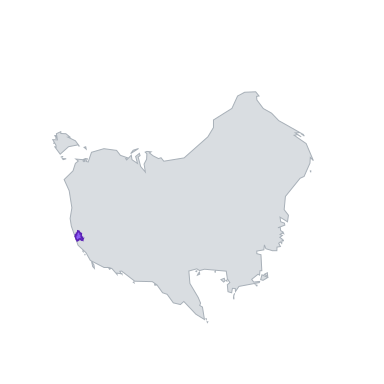 Clarence Valley, New South Wales, Australia shown in context, rotated 149°
{"feature_id": "25037944B11916296746250", "entity_name": "Clarence Valley", "entity_type": "district", "adm_level": 2, "iso_a3": "AUS", "parent_name": "Australia", "parent_adm1": "New South Wales", "projection": "robinson", "projection_center": [152.635, -29.694], "detail": "fine", "context": "in_parent", "style": "filled", "palette": "violet", "viewbox_px": 384, "rotation_deg": 149, "n_neighbors": 0, "source": "geoboundaries", "source_scale": "gbopen_adm2", "svg_char_len": 5938}
<svg xmlns="http://www.w3.org/2000/svg" viewBox="0 0 384 384"><g transform="rotate(149 192 192)"><path d="M251.6,85.2L255.4,102.4L259.9,101.5L265.1,106.6L266.0,117.1L269.1,120.8L269.9,130.5L272.2,135.6L287.0,145.0L293.0,160.4L294.7,161.2L294.9,158.4L298.2,161.2L298.7,159.9L300.1,167.7L302.0,170.0L306.2,172.5L314.4,185.7L314.1,194.5L317.1,205.1L313.0,224.9L310.1,232.1L303.1,240.3L296.6,256.4L295.2,268.5L283.1,271.4L277.2,276.6L273.5,277.1L274.6,280.1L268.6,275.7L269.4,274.7L269.0,273.6L267.9,273.6L266.0,275.5L264.6,274.3L266.9,272.6L265.5,271.2L257.7,277.8L245.2,274.5L235.2,266.5L234.5,260.3L229.7,254.6L231.7,254.8L231.5,253.1L225.1,254.8L226.8,250.6L224.0,244.5L222.0,251.5L217.2,252.2L217.8,249.9L220.1,249.8L222.9,240.3L221.7,233.1L218.7,240.6L214.0,243.5L211.0,248.0L211.6,250.3L209.7,250.0L206.4,247.5L208.4,247.5L206.7,243.0L203.5,237.9L200.9,237.3L200.3,232.9L181.2,225.3L150.0,231.1L140.4,236.2L136.5,242.7L114.7,243.1L103.5,250.8L95.5,250.4L85.8,245.1L85.1,239.8L87.4,240.7L89.0,237.5L87.9,226.8L83.2,218.6L80.9,208.5L68.8,187.2L73.0,189.5L70.0,183.0L72.0,186.8L75.2,188.0L69.2,174.7L71.8,156.4L72.8,160.7L76.0,156.0L87.9,147.6L92.3,148.1L114.2,140.1L122.1,129.4L121.3,122.4L125.5,117.3L129.5,125.1L131.3,120.8L128.8,117.7L129.5,115.8L136.8,117.1L134.5,116.4L135.9,113.3L134.5,110.6L138.4,110.2L136.9,108.2L140.1,107.9L138.9,105.0L141.6,101.7L141.9,103.7L144.1,103.4L144.3,99.7L147.5,101.0L149.5,98.0L153.1,100.1L157.9,105.3L157.2,109.4L160.2,105.4L166.9,108.0L168.2,105.8L165.2,102.7L172.7,88.6L174.3,89.5L176.9,86.0L177.8,87.5L185.8,86.4L185.5,83.0L180.1,80.5L181.0,79.7L200.4,86.9L206.0,84.3L204.6,87.0L207.0,88.6L209.9,85.2L212.5,88.0L209.5,94.3L206.2,94.9L206.4,99.4L203.4,106.5L221.1,119.4L225.9,120.7L227.5,123.7L235.4,125.9L240.9,114.7L241.0,98.4L241.9,92.3L243.8,90.8L242.3,88.0L247.0,76.3L251.6,85.2ZM265.1,291.0L274.5,294.4L285.5,292.3L286.4,301.9L285.6,300.2L284.5,302.2L284.4,308.6L280.5,306.0L278.2,311.8L273.4,311.3L274.3,309.7L270.1,306.9L268.3,302.0L270.1,302.9L265.6,296.0L265.1,291.0ZM171.0,79.7L176.6,79.7L178.3,81.5L174.7,85.0L171.0,79.7ZM215.4,256.8L224.8,256.5L220.9,258.1L215.4,256.8ZM211.2,98.5L212.3,102.0L208.8,101.4L209.4,98.9L211.2,98.5ZM313.9,184.1L313.6,180.1L315.0,176.8L315.5,179.2L313.9,184.1ZM282.7,285.3L285.8,286.1L285.9,287.4L282.7,285.3ZM170.5,80.8L172.5,84.2L169.0,84.0L170.5,80.8ZM261.5,285.9L259.8,285.5L260.6,283.2L261.5,285.9ZM230.2,117.9L228.5,119.0L226.9,119.5L227.7,117.6L230.2,117.9ZM68.7,186.3L67.1,184.4L66.9,182.6L67.1,182.5L68.7,186.3ZM285.3,288.7L286.5,289.6L284.2,288.9L285.3,288.7ZM301.2,168.2L302.5,168.2L302.5,170.0L301.2,168.2ZM270.4,130.4L271.9,131.4L271.6,132.0L270.4,130.4ZM280.5,309.4L280.6,311.0L279.5,310.5L280.5,309.4ZM316.0,196.0L316.1,198.2L316.0,196.0ZM185.2,79.6L184.2,78.6L184.8,78.1L185.2,79.6ZM211.1,79.8L209.7,81.5L211.3,78.4L211.1,79.8ZM316.2,193.4L315.6,194.1L316.0,193.3L316.2,193.4ZM213.6,111.8L212.8,112.1L213.2,111.3L213.6,111.8ZM208.4,98.4L207.5,98.6L208.0,97.5L208.4,98.4ZM80.0,147.7L79.8,149.1L79.3,149.0L80.0,147.7ZM245.4,75.4L245.3,76.7L245.0,75.8L245.4,75.4ZM268.0,274.2L268.2,274.9L267.9,274.7L268.0,274.2ZM209.4,82.0L207.6,83.2L209.4,81.7L209.4,82.0ZM139.0,103.3L138.3,104.1L138.7,103.1L139.0,103.3ZM281.1,308.3L280.5,308.6L280.8,308.0L281.1,308.3ZM229.5,122.1L228.5,122.0L229.0,121.3L229.5,122.1ZM135.5,109.6L135.0,110.1L134.9,109.0L135.5,109.6ZM285.4,305.0L284.7,305.4L284.9,304.6L285.4,305.0ZM246.0,72.2L245.9,73.0L245.3,72.6L246.0,72.2ZM267.5,275.2L268.4,275.9L267.0,275.7L267.5,275.2ZM288.8,144.9L288.2,144.9L288.4,144.0L288.8,144.9ZM294.4,158.3L294.0,158.3L294.3,157.6L294.4,158.3ZM265.4,289.8L265.2,290.4L265.0,289.6L265.4,289.8Z" fill="#d9dde1" stroke="#a8b0b8" stroke-width="1"/><path d="M309.9,217.6L310.0,217.5L310.0,217.4L310.2,217.2L310.3,217.0L310.4,216.9L310.5,216.8L310.5,216.7L310.7,216.4L310.8,216.4L311.0,216.4L311.0,216.5L311.2,216.4L311.2,216.5L311.2,216.4L311.3,216.4L311.5,216.2L311.8,216.0L311.9,215.9L312.2,216.0L312.2,215.9L312.1,215.7L312.3,215.5L312.5,215.7L312.8,215.6L313.0,215.5L313.2,215.4L313.2,215.2L313.3,215.3L313.5,215.3L313.5,215.2L313.6,214.9L313.9,214.9L314.0,214.8L314.0,214.7L313.9,214.7L314.0,214.6L314.1,214.4L314.2,214.5L314.2,214.3L314.2,214.2L314.3,214.2L314.5,214.0L314.6,213.9L314.8,213.9L314.8,214.0L315.0,214.0L315.0,213.9L315.0,213.6L315.1,213.4L315.1,213.2L315.2,212.9L315.2,212.6L315.3,212.4L315.4,212.2L315.4,211.8L315.4,211.6L315.5,211.3L315.6,211.2L315.6,210.9L315.6,210.6L315.6,210.3L315.6,210.2L315.4,209.9L315.4,209.7L315.5,209.5L315.6,209.3L315.3,209.1L315.2,209.2L314.6,209.2L314.6,209.3L314.5,209.2L314.4,209.2L314.2,209.2L314.2,209.3L314.3,209.3L314.2,209.5L314.0,209.4L314.0,209.7L313.9,209.7L313.7,209.8L313.4,209.8L313.2,209.8L312.9,209.7L312.7,209.7L312.4,209.7L312.2,209.7L312.3,209.4L312.2,209.1L312.0,208.9L311.9,208.9L311.7,208.8L311.6,208.7L311.7,208.4L311.8,208.3L311.8,208.2L311.7,208.0L311.6,207.8L311.5,207.7L311.3,207.6L311.2,207.5L311.2,207.4L310.5,207.3L310.4,207.3L310.4,207.2L310.2,207.2L310.2,207.3L310.2,207.2L310.1,207.3L310.1,207.5L309.8,207.7L310.0,207.7L310.0,207.8L309.9,207.9L309.8,208.0L310.0,208.1L310.0,208.5L309.8,208.5L309.7,208.9L309.8,209.1L309.7,209.2L309.4,209.2L309.3,209.3L309.2,209.4L309.1,209.5L309.3,209.8L310.0,210.0L309.9,210.1L309.8,210.3L309.7,210.5L309.8,211.1L309.7,211.1L309.5,211.3L309.4,211.3L309.3,212.0L309.2,212.1L309.0,212.3L309.0,212.2L309.0,212.3L308.9,212.4L308.9,212.5L308.9,212.8L308.7,212.8L308.5,213.0L308.4,213.1L308.5,213.2L308.4,213.2L308.3,213.3L308.3,213.5L308.5,213.7L308.8,213.6L309.0,213.6L309.0,213.8L308.9,214.0L309.0,214.0L308.9,214.1L309.0,214.0L308.9,214.1L308.9,214.3L309.0,214.4L309.1,214.5L309.2,214.8L309.1,215.0L309.0,215.3L309.1,215.5L309.1,215.8L309.2,215.7L309.2,215.8L309.2,216.0L309.3,216.2L309.4,216.3L309.3,216.5L309.4,216.8L309.4,217.0L309.5,217.1L309.6,217.3L309.9,217.6ZM315.7,214.1L315.8,214.1L315.7,214.1L315.7,214.1Z" fill="#8b5cf6" stroke="#5b21b6" stroke-width="1.5"/></g></svg>